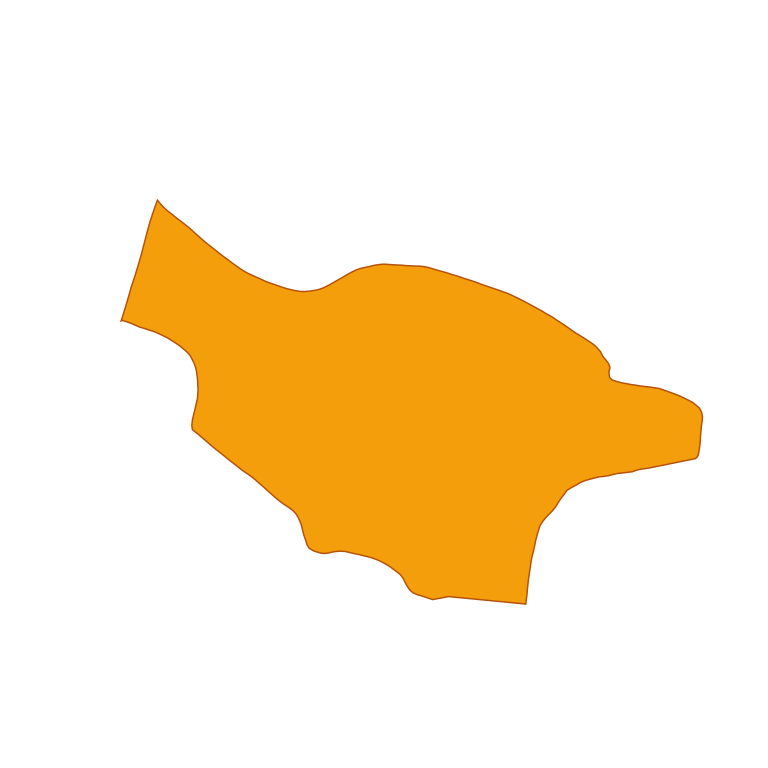 Hatib, Shabwah, Yemen (Natural Earth projection), rotated 218°
{"feature_id": "15242507B74993503022427", "entity_name": "Hatib", "entity_type": "district", "adm_level": 2, "iso_a3": "YEM", "parent_name": "Yemen", "parent_adm1": "Shabwah", "projection": "natural_earth1", "projection_center": [46.508, 14.178], "detail": "fine", "context": "isolated", "style": "filled", "palette": "amber", "viewbox_px": 768, "rotation_deg": 218, "n_neighbors": 0, "source": "geoboundaries", "source_scale": "gbopen_adm2", "svg_char_len": 3920}
<svg xmlns="http://www.w3.org/2000/svg" viewBox="0 0 768 768"><g transform="rotate(218 384 384)"><path d="M675.7,389.3L675.3,388.0L671.7,377.3L668.0,367.0L663.8,357.0L659.5,347.1L655.2,337.2L651.1,327.0L646.9,316.1L643.1,305.4L638.8,294.9L634.8,284.7L630.7,273.9L630.0,271.9L629.3,273.0L624.4,274.9L619.5,276.4L615.6,277.4L611.4,278.5L607.7,280.0L603.1,281.6L598.4,283.4L594.6,284.5L590.4,285.5L586.5,286.3L582.2,287.2L578.2,287.5L573.8,288.0L568.8,288.3L564.1,288.2L558.9,287.9L554.5,287.1L550.5,285.4L546.5,283.5L543.0,281.3L539.7,278.7L536.3,275.4L533.1,272.1L530.0,268.4L527.1,265.2L524.5,261.3L521.8,257.2L519.5,252.2L517.1,247.1L515.1,242.5L512.9,237.8L510.0,233.1L506.9,230.1L503.0,230.0L498.9,230.0L493.9,229.7L490.0,229.6L485.4,229.3L481.0,229.1L475.9,229.0L470.3,229.0L464.5,228.9L460.4,228.8L456.1,228.8L451.6,228.8L447.5,228.8L442.3,228.7L437.5,229.1L431.3,229.4L426.4,229.3L421.8,229.0L415.6,228.7L410.5,228.3L405.7,228.0L401.3,227.7L396.3,227.5L392.3,227.5L388.1,227.7L383.2,228.1L377.9,228.2L373.6,227.6L369.3,225.9L365.4,223.9L361.5,221.4L358.1,218.6L354.3,215.7L349.8,212.8L345.8,210.0L341.8,208.5L336.9,209.1L332.5,210.7L328.5,212.4L324.9,215.3L322.0,218.8L319.1,222.1L315.4,225.5L311.2,228.3L306.8,230.3L302.5,232.3L298.1,234.5L293.5,236.5L288.5,238.8L284.2,240.3L280.4,241.5L276.4,242.4L271.6,243.2L267.2,243.7L262.4,243.8L258.1,243.9L253.4,243.8L249.1,242.6L244.9,240.5L241.1,238.9L237.0,237.6L232.9,237.3L228.2,238.4L223.8,240.2L219.7,241.7L214.2,243.6L212.9,244.1L202.3,256.2L136.8,297.9L136.9,298.0L139.5,302.4L142.0,306.6L144.6,310.5L147.3,314.8L149.8,318.9L152.5,323.6L154.8,327.6L157.0,331.5L159.3,335.5L161.3,339.6L163.5,344.6L165.7,349.3L167.9,353.6L169.8,357.9L172.0,363.5L173.8,367.9L174.3,372.7L174.3,377.4L173.9,382.1L173.3,386.8L173.1,393.1L173.7,397.7L174.1,402.7L174.1,407.9L174.4,412.6L172.4,418.1L170.4,422.5L168.8,426.8L166.3,431.4L163.5,435.3L160.4,439.3L157.5,443.1L154.0,446.4L150.7,449.9L147.8,453.7L145.0,457.2L140.8,461.2L137.7,464.4L134.4,467.6L131.8,471.8L128.7,475.5L125.2,479.1L122.0,482.6L119.0,486.2L115.6,490.1L94.3,515.1L92.7,516.9L92.3,518.5L92.4,520.8L93.3,522.8L95.6,527.1L97.9,531.0L100.4,534.9L103.2,538.8L105.7,542.7L108.2,546.5L110.5,550.8L113.0,554.4L116.4,557.3L120.6,559.2L125.2,559.4L129.3,559.5L133.6,558.8L138.6,557.7L143.7,556.6L147.7,555.4L152.1,554.0L156.7,552.5L160.6,551.2L164.5,549.8L168.5,547.6L172.9,545.1L176.9,542.6L181.8,539.7L185.7,537.6L189.5,535.4L193.3,533.4L197.4,531.3L202.0,529.3L206.7,527.7L210.6,528.2L214.2,531.9L215.9,535.9L219.3,538.2L224.3,539.6L229.1,540.7L229.5,540.9L232.9,542.6L237.8,543.6L241.9,544.1L246.9,544.0L251.1,543.6L255.9,543.2L261.0,542.6L265.5,542.1L269.6,541.9L274.1,541.7L278.4,541.4L282.4,541.1L286.8,540.7L291.1,540.5L295.2,540.0L300.0,539.2L304.4,538.8L309.2,537.9L313.3,537.3L318.6,536.4L324.3,535.4L328.9,534.5L333.3,533.6L338.2,532.5L342.3,531.5L346.2,530.2L350.2,528.9L354.3,527.5L359.7,525.6L364.8,523.8L370.6,521.9L375.5,520.4L379.8,518.8L384.1,517.2L388.7,515.6L393.5,513.9L398.1,512.0L402.1,510.6L407.1,508.6L412.0,506.5L416.0,505.0L420.6,503.2L424.4,501.3L428.3,499.0L432.2,496.0L435.7,493.6L439.3,491.0L443.1,488.6L446.5,486.1L450.9,483.1L454.5,480.7L458.1,478.2L461.3,475.2L464.6,471.7L468.2,467.1L471.1,463.8L474.1,460.0L476.6,455.9L478.6,451.7L480.8,446.5L482.5,442.0L484.4,437.5L487.1,430.9L489.0,426.5L491.1,422.2L493.6,418.3L496.6,414.7L500.3,410.9L503.7,407.8L507.1,405.3L511.3,403.0L515.3,401.1L519.2,399.3L523.5,397.7L527.8,396.2L532.2,394.7L536.8,393.1L541.6,391.7L545.9,390.7L549.9,389.7L555.3,388.4L559.6,387.4L563.7,386.7L568.1,386.3L572.9,386.1L577.9,385.9L582.0,385.9L586.3,385.7L591.4,385.6L596.7,385.6L600.9,385.7L605.2,385.7L609.9,385.7L614.2,385.8L618.5,386.1L624.2,386.4L629.0,386.8L633.4,387.1L638.0,387.1L643.0,387.2L648.2,387.1L652.3,387.1L657.4,387.2L662.2,387.2L666.3,387.5L670.3,388.2L674.8,389.1L675.7,389.3Z" fill="#f59e0b" stroke="#b45309" stroke-width="1.5"/></g></svg>